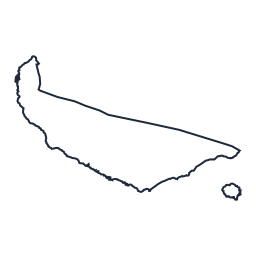 outline of Buru Selatan, Maluku, Indonesia
{"feature_id": "22746128B90083339512512", "entity_name": "Buru Selatan", "entity_type": "district", "adm_level": 2, "iso_a3": "IDN", "parent_name": "Indonesia", "parent_adm1": "Maluku", "projection": "orthographic", "projection_center": [126.898, -3.508], "detail": "fine", "context": "isolated", "style": "outline", "palette": "slate", "viewbox_px": 256, "rotation_deg": 0, "n_neighbors": 0, "source": "geoboundaries", "source_scale": "gbopen_adm2", "svg_char_len": 5709}
<svg xmlns="http://www.w3.org/2000/svg" viewBox="0 0 256 256"><path d="M38.9,63.6L37.9,62.6L37.5,61.6L36.2,60.5L36.1,58.7L35.9,57.8L35.6,57.3L34.5,56.5L32.9,56.3L32.5,56.5L32.2,56.7L31.9,57.8L31.0,59.3L29.6,60.1L29.2,60.5L29.1,60.9L27.9,61.9L25.8,63.0L24.6,63.1L23.8,64.3L22.6,64.9L20.3,67.4L19.4,67.4L19.3,67.7L19.1,69.4L19.4,70.2L18.5,70.6L18.3,71.2L19.2,73.1L19.1,73.5L19.3,74.1L19.0,74.4L19.0,74.8L18.8,75.4L18.8,76.3L19.1,77.0L19.0,78.3L19.5,79.1L19.3,79.4L18.1,80.0L17.6,80.5L17.7,81.2L17.5,81.4L17.6,82.8L17.2,83.3L17.1,83.7L17.3,84.2L17.3,85.7L17.6,85.7L18.0,86.3L18.1,86.8L17.9,87.8L18.1,88.8L17.7,89.6L17.3,90.0L17.9,90.9L18.2,91.0L18.5,91.3L17.3,92.6L17.4,93.8L17.7,94.8L19.4,96.1L19.6,96.7L19.2,97.3L18.1,98.4L17.5,101.0L17.7,101.3L18.0,102.4L18.3,102.8L19.5,103.4L20.2,105.5L22.7,107.7L23.5,108.1L23.5,108.4L23.2,108.8L23.2,109.2L23.4,109.3L23.4,109.7L23.2,110.2L23.0,112.3L23.2,113.1L24.4,115.1L24.4,115.9L26.1,117.7L26.1,118.2L26.6,118.7L27.9,119.3L28.1,119.6L28.5,120.4L28.7,120.6L28.7,121.0L29.5,122.5L31.0,123.4L32.3,123.4L33.0,123.8L33.4,123.8L33.7,124.2L35.1,124.9L35.5,125.7L37.1,126.0L37.4,126.4L38.8,126.8L39.1,127.7L39.3,128.0L39.5,127.9L40.3,128.2L40.7,128.5L40.9,128.9L40.9,129.7L42.9,130.6L43.6,131.2L43.6,131.4L43.5,131.8L43.8,132.2L43.8,132.5L44.9,133.3L45.3,133.9L45.4,135.1L45.9,136.1L45.8,136.7L46.2,137.3L46.2,138.3L45.8,139.5L45.9,140.0L45.7,141.3L46.5,142.2L46.4,143.1L46.8,143.8L47.5,144.3L47.7,144.9L48.9,146.5L48.7,146.6L49.3,147.1L50.6,147.9L51.1,148.0L51.8,148.9L56.4,147.9L58.1,148.0L58.7,148.3L58.8,148.6L59.9,149.4L61.8,150.2L62.3,150.7L62.2,150.9L63.4,151.5L64.1,152.1L64.3,153.0L64.8,153.8L66.1,154.5L66.8,155.4L66.7,156.0L66.9,156.2L68.3,156.4L70.1,157.2L70.7,157.2L72.2,158.0L75.2,158.4L76.9,159.0L78.5,160.5L79.3,162.9L80.0,163.2L83.4,163.5L83.7,164.1L84.7,164.8L84.9,165.2L85.8,165.9L87.0,166.1L87.2,165.8L87.2,165.1L87.5,165.1L88.4,164.3L88.4,164.7L88.8,164.9L88.7,165.1L88.4,165.3L88.0,165.2L87.5,165.6L87.7,166.1L88.4,166.3L89.8,167.3L89.9,167.5L90.4,167.5L91.0,168.1L90.8,168.4L91.0,168.6L91.6,168.7L93.1,169.5L93.3,169.3L93.6,169.6L94.2,169.8L94.6,170.4L94.9,170.4L95.0,170.6L95.7,170.3L95.6,170.9L95.9,171.4L97.4,172.1L97.8,171.1L98.4,171.2L98.3,172.7L98.4,173.0L99.4,173.2L100.5,173.7L101.2,174.4L102.2,174.4L103.2,174.7L103.6,174.6L104.0,175.1L103.9,175.4L104.1,175.7L104.7,175.3L105.2,175.5L105.9,176.3L106.1,176.9L106.4,177.1L106.8,177.0L106.9,177.6L106.6,177.8L106.8,178.0L107.1,178.2L107.3,177.8L107.5,177.8L107.4,177.5L107.5,177.4L108.6,176.9L108.9,176.9L109.8,177.6L110.4,177.4L110.5,178.1L110.3,178.2L110.5,178.7L110.4,178.9L110.0,178.9L109.2,179.1L109.2,179.4L109.2,179.5L109.2,179.8L110.4,179.7L110.8,179.9L111.7,179.9L112.2,180.1L112.2,179.8L113.0,179.3L115.5,179.0L116.1,179.0L117.0,179.5L117.5,179.3L118.4,180.1L120.0,180.6L121.3,181.3L122.0,181.3L122.6,182.5L123.0,182.5L123.3,182.8L124.1,182.2L124.4,182.3L124.5,182.6L124.8,182.5L124.9,182.8L125.4,183.1L125.5,183.6L125.3,183.9L125.7,184.3L126.3,184.5L126.8,183.7L127.1,183.8L127.4,184.3L127.9,184.7L127.1,185.1L127.5,185.2L128.1,185.7L128.5,185.6L128.9,184.9L129.1,184.7L130.6,184.5L131.6,184.9L132.5,186.2L133.5,186.4L134.5,187.5L135.1,187.8L136.2,188.0L137.1,188.5L137.6,189.4L137.9,190.7L140.3,191.8L141.6,191.8L143.5,190.6L143.7,189.9L144.6,189.5L145.2,189.6L145.4,189.3L146.5,188.9L147.7,189.0L148.5,189.4L149.0,189.7L149.0,190.8L150.0,191.0L150.2,190.6L149.8,190.4L150.5,189.6L158.2,184.0L162.7,181.4L163.7,181.3L169.2,178.8L169.8,178.7L170.2,178.9L172.3,177.9L173.9,177.8L174.4,178.2L175.3,178.5L175.8,178.9L176.9,178.8L177.2,179.0L177.3,178.5L179.2,177.1L182.0,176.3L182.2,176.0L182.9,176.4L185.2,175.9L186.6,175.2L187.2,175.6L188.1,175.6L188.6,175.3L189.3,173.9L189.1,173.0L189.8,172.3L191.8,170.7L192.2,170.6L193.4,170.8L193.8,170.6L195.5,168.2L195.8,167.4L196.5,166.7L199.5,165.0L205.7,160.7L208.5,160.0L209.5,159.5L212.9,159.4L213.8,159.6L214.1,159.2L214.7,159.2L217.7,156.4L219.0,156.0L220.2,156.1L221.2,155.6L222.8,155.7L223.3,156.3L225.9,156.6L227.7,157.8L230.0,158.1L230.4,157.9L230.9,158.3L231.4,158.2L232.2,157.7L232.7,157.8L233.3,157.0L233.8,156.9L234.5,156.2L235.5,155.9L236.1,155.4L237.5,153.0L238.2,152.8L238.7,152.4L238.9,151.2L239.7,150.6L232.0,146.2L222.9,143.3L179.0,129.8L147.3,122.9L108.2,114.8L99.6,110.5L85.0,105.6L75.0,101.4L57.5,97.0L40.3,90.7L38.6,89.5L40.2,84.0L39.7,77.0L38.4,72.8L36.5,64.5L38.1,64.4L38.9,63.6ZM235.1,184.9L232.5,183.6L231.9,183.6L231.2,183.7L230.4,184.2L230.1,185.0L229.5,185.3L229.0,185.3L228.1,184.9L226.7,184.9L226.2,185.0L225.4,186.3L223.9,186.9L223.3,187.6L222.3,189.4L222.3,190.2L222.5,190.4L222.8,190.5L223.0,191.1L223.5,191.2L223.4,191.8L223.9,192.8L224.0,193.5L224.4,194.0L225.2,194.3L225.2,194.8L225.6,195.1L226.3,196.7L226.9,196.7L227.3,196.3L227.8,196.6L228.2,196.6L228.2,196.3L228.4,196.2L228.7,196.3L228.6,196.5L228.7,196.8L229.1,197.0L229.7,197.1L230.6,197.5L231.9,197.3L232.7,197.7L232.9,197.6L233.4,197.7L232.8,197.3L233.2,197.0L233.5,197.0L234.0,197.1L234.0,198.2L234.9,198.9L235.1,199.5L236.8,199.7L237.1,199.4L237.1,199.0L236.8,198.6L237.0,197.9L237.7,196.2L237.6,195.5L237.9,195.2L238.5,195.2L238.5,194.8L238.7,194.5L239.6,194.7L239.8,194.9L240.6,194.3L240.4,193.9L239.7,193.7L239.4,193.3L239.9,192.4L240.3,192.4L240.4,192.1L239.8,191.9L239.7,191.7L239.7,191.3L240.4,190.4L239.7,190.3L239.5,189.8L239.1,189.8L239.1,189.3L239.6,188.5L239.5,188.0L239.2,187.6L238.8,187.3L238.0,187.3L237.5,187.0L237.1,186.5L237.1,186.1L236.6,186.2L235.9,185.8L235.6,185.9L235.5,185.4L235.1,184.9ZM15.7,81.8L16.6,80.7L16.6,80.4L17.3,79.9L17.4,79.4L17.2,79.2L17.0,78.2L17.3,78.0L17.3,76.7L17.7,76.3L17.6,75.7L17.4,75.3L16.5,76.6L16.2,76.6L15.9,77.0L15.4,81.3L15.5,81.7L15.7,81.8Z" fill="none" stroke="#1e293b" stroke-width="2"/></svg>